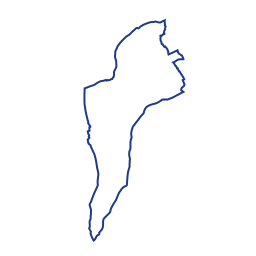 Si Mahosot, Prachin Buri, Thailand, rotated 64°
{"feature_id": "78962969B41561963673691", "entity_name": "Si Mahosot", "entity_type": "district", "adm_level": 2, "iso_a3": "THA", "parent_name": "Thailand", "parent_adm1": "Prachin Buri", "projection": "mercator", "projection_center": [101.408, 13.873], "detail": "fine", "context": "isolated", "style": "outline", "palette": "blue", "viewbox_px": 256, "rotation_deg": 64, "n_neighbors": 0, "source": "geoboundaries", "source_scale": "gbopen_adm2", "svg_char_len": 5472}
<svg xmlns="http://www.w3.org/2000/svg" viewBox="0 0 256 256"><g transform="rotate(64 128 128)"><path d="M73.4,149.6L78.7,152.4L84.8,155.4L87.3,156.5L88.7,157.0L94.6,158.8L97.8,159.6L100.4,160.2L102.2,160.5L103.2,160.9L104.3,160.8L104.8,161.0L105.4,161.1L105.6,161.4L106.1,161.6L107.0,161.7L108.0,161.5L108.8,161.3L109.6,161.2L109.8,161.1L110.5,161.4L110.4,162.4L112.5,163.4L113.6,163.8L113.5,164.8L113.3,165.5L113.5,165.7L114.6,166.0L115.0,166.0L116.0,166.3L116.1,166.2L117.7,166.1L118.4,167.0L118.5,167.0L119.3,166.9L119.7,166.9L120.0,167.2L120.4,168.3L120.7,169.3L121.5,169.4L122.5,169.9L123.5,170.2L123.7,169.9L124.4,170.1L125.0,170.3L125.7,169.9L125.9,169.8L126.1,169.7L126.3,169.5L127.1,169.2L127.4,169.3L127.8,169.5L129.0,169.5L129.3,169.6L135.4,169.7L136.7,169.7L138.0,169.9L141.9,170.7L143.8,171.2L150.3,173.2L154.5,174.2L156.3,174.8L157.2,175.2L159.4,176.7L162.1,178.4L163.8,179.3L165.4,179.8L165.9,180.1L166.7,180.8L167.1,181.2L170.9,185.8L171.6,186.7L172.1,187.3L174.0,189.3L176.0,191.5L176.6,192.1L177.7,193.1L178.6,194.3L179.5,195.6L179.8,195.9L180.2,196.1L180.9,196.4L182.9,196.7L184.2,196.9L184.7,197.0L185.5,197.2L186.4,197.6L187.3,198.1L188.1,198.5L190.5,199.9L190.9,200.2L191.9,200.7L193.6,201.7L193.9,202.1L194.6,203.1L197.3,204.5L199.0,205.1L200.2,205.8L200.5,206.0L200.7,206.4L200.9,206.7L201.1,206.9L203.2,206.9L204.7,206.8L204.9,206.8L205.9,207.6L207.2,208.0L208.5,208.2L211.1,208.3L214.1,208.2L214.0,207.5L213.6,206.6L212.9,205.5L212.0,204.4L211.5,203.5L211.2,202.9L211.0,202.4L211.0,201.9L211.1,201.4L211.1,200.9L210.9,200.6L210.7,200.4L210.3,200.1L209.8,200.0L209.5,199.8L208.9,198.6L208.3,197.1L207.9,196.2L207.1,195.1L206.8,194.7L206.0,194.1L204.8,193.3L204.0,192.8L202.0,191.8L201.1,191.4L200.0,190.6L199.5,190.2L198.9,189.5L198.7,188.9L197.2,184.9L196.8,183.4L196.2,181.9L195.9,181.2L195.6,180.7L194.4,179.9L193.4,179.1L192.4,177.9L189.7,174.1L187.5,170.4L183.4,165.8L182.0,164.0L181.3,162.6L180.1,160.6L179.6,159.4L179.3,158.6L179.2,158.1L179.1,156.7L179.2,155.9L179.2,155.2L179.2,154.7L178.9,154.2L178.6,153.9L173.7,151.1L170.0,148.9L168.4,147.8L166.8,146.6L163.4,143.5L161.5,142.6L159.5,141.5L158.2,140.8L157.1,140.1L156.8,139.9L156.2,139.7L155.7,139.5L154.1,139.2L153.1,138.9L152.1,138.4L150.5,137.6L150.0,137.3L149.0,136.3L148.5,135.8L148.1,135.3L146.4,134.2L145.3,133.7L141.8,132.0L139.4,130.3L138.6,129.3L138.3,129.0L138.1,128.9L135.5,128.0L134.2,127.5L133.4,127.0L131.6,125.6L130.1,124.1L129.0,123.1L128.8,122.8L128.1,121.1L127.3,119.8L126.2,117.5L125.4,115.8L123.1,111.4L122.7,110.3L121.8,107.9L121.4,107.3L119.6,105.8L119.1,105.2L118.8,104.7L118.2,104.1L117.8,103.4L117.2,102.0L117.1,101.2L117.0,100.0L117.0,99.1L117.0,98.3L117.1,97.3L117.4,95.5L118.0,92.8L118.2,89.9L118.0,88.0L117.9,86.7L117.8,86.1L117.6,85.8L117.5,84.9L117.7,84.1L117.8,84.1L118.0,84.0L118.3,83.2L118.3,82.9L118.6,82.2L119.3,80.7L119.5,80.5L119.8,80.1L120.0,76.9L120.1,76.5L120.1,75.3L120.2,75.0L119.8,62.4L117.3,63.6L116.3,63.0L115.8,62.5L115.5,62.1L115.4,61.9L115.1,60.6L114.8,59.5L114.7,59.3L114.3,58.9L113.7,58.1L112.4,58.1L108.9,57.8L108.9,56.2L106.9,56.1L105.4,56.3L104.4,56.3L103.3,56.5L100.3,56.8L99.6,56.9L99.4,57.4L98.2,57.3L96.2,57.2L96.2,57.3L96.0,57.8L94.7,57.6L93.6,57.7L93.5,57.9L93.4,57.9L92.1,58.2L91.0,58.2L90.2,58.3L89.5,58.4L89.1,58.5L88.9,58.6L89.0,57.5L88.9,56.8L88.8,56.4L88.7,55.3L88.6,54.2L88.5,52.6L89.4,50.3L89.6,49.8L90.1,49.0L90.5,48.0L90.4,47.9L88.1,47.8L86.6,47.7L86.4,47.8L86.0,48.2L84.8,48.8L83.8,49.5L83.5,49.6L82.9,49.7L82.0,50.0L81.8,50.0L80.9,49.6L79.9,49.4L79.7,59.3L79.3,59.2L79.1,59.2L77.9,58.9L77.7,58.8L77.4,58.5L76.9,58.3L75.0,58.2L73.7,58.2L73.1,58.4L72.2,58.5L71.7,58.7L71.1,58.8L71.1,59.0L71.2,59.4L71.2,59.5L70.7,59.9L70.3,59.8L70.1,59.8L69.7,59.9L69.1,60.1L68.5,60.0L68.3,60.0L68.1,60.1L67.5,60.8L67.2,60.9L66.9,60.9L66.1,60.5L66.0,60.4L63.5,60.3L62.9,60.1L62.3,59.8L61.4,59.4L60.5,58.7L59.5,58.5L59.3,58.5L59.2,58.3L59.2,58.1L59.7,57.4L59.7,57.1L59.8,56.6L59.8,56.4L59.4,56.0L59.2,55.7L59.2,55.1L59.5,54.4L59.5,54.1L58.7,53.8L58.3,54.0L58.2,54.0L58.0,53.9L57.4,53.4L57.0,53.1L56.5,52.7L56.0,51.8L55.7,51.5L54.8,51.0L54.3,50.6L53.7,50.2L53.2,49.7L52.2,49.9L51.9,49.9L51.7,49.8L51.4,49.5L51.3,49.4L50.0,49.0L49.2,48.7L48.4,48.4L47.7,48.0L47.4,47.8L47.4,48.4L47.2,49.0L47.3,51.3L47.4,52.0L47.4,52.4L46.9,53.6L46.1,54.7L44.9,56.0L44.3,56.7L43.9,58.9L43.5,59.5L43.0,60.6L42.8,61.4L42.6,61.9L42.6,62.5L42.5,63.4L42.4,64.1L42.2,65.2L42.1,67.3L42.0,68.4L42.1,70.5L42.2,72.1L42.4,72.7L42.6,73.2L43.0,74.4L43.0,74.7L43.0,74.9L42.7,75.3L41.9,76.1L41.9,76.6L41.9,77.1L42.6,79.1L43.2,81.5L43.5,82.5L44.0,83.8L44.7,85.7L44.8,86.1L44.8,86.8L44.9,87.5L45.0,88.8L45.1,89.5L46.3,93.2L47.1,95.5L47.8,97.2L48.1,97.9L48.5,98.5L49.1,99.9L49.5,100.5L49.6,101.0L49.9,101.2L50.2,101.8L50.6,102.2L51.5,103.2L52.8,104.9L53.3,105.5L53.7,105.8L54.7,106.5L55.0,106.7L55.6,106.9L56.4,107.3L57.5,108.0L58.2,108.4L58.5,108.5L59.5,108.8L61.8,109.1L62.8,109.4L63.4,109.6L64.9,110.3L66.9,111.1L67.7,111.5L68.2,112.0L69.1,113.1L69.8,113.9L70.5,115.0L71.2,115.8L72.1,116.4L72.9,116.7L73.5,116.9L73.7,117.0L75.1,118.0L75.9,118.6L75.9,118.8L75.9,119.0L76.2,119.5L76.4,120.0L76.8,120.3L77.0,120.6L77.0,120.9L76.7,121.7L76.9,123.0L76.8,123.6L76.6,124.5L76.0,125.1L75.9,125.3L75.9,125.6L76.1,126.0L76.1,126.3L76.0,126.5L75.9,126.6L75.3,126.7L75.2,126.8L75.1,127.0L75.0,127.6L75.0,128.4L74.8,129.1L74.8,129.4L74.3,130.9L74.0,131.9L73.9,132.8L74.0,136.1L74.5,139.9L74.4,140.8L74.0,142.6L73.4,149.6Z" fill="none" stroke="#1e3a8a" stroke-width="2"/></g></svg>